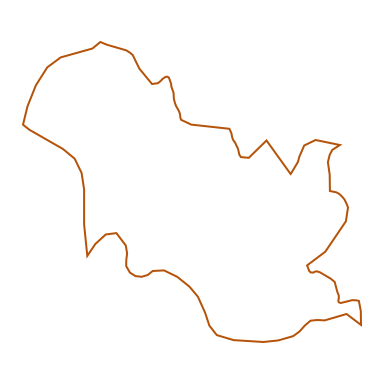 the District of Samchi
{"feature_id": "BTN-2438", "entity_name": "Samchi", "entity_type": "District", "adm_level": 1, "iso_a3": "BTN", "parent_name": "Bhutan", "parent_adm1": "", "projection": "natural_earth1", "projection_center": [89.102, 27.046], "detail": "fine", "context": "isolated", "style": "outline", "palette": "amber", "viewbox_px": 384, "rotation_deg": 0, "n_neighbors": 0, "source": "natural_earth", "source_scale": "10m", "svg_char_len": 1622}
<svg xmlns="http://www.w3.org/2000/svg" viewBox="0 0 384 384"><path d="M24.6,126.0L23.0,124.7L27.5,106.3L35.9,85.3L47.3,67.3L60.7,57.4L92.5,48.5L100.3,42.0L107.4,44.9L126.2,50.3L130.1,52.8L132.7,55.0L139.4,68.7L152.0,84.0L157.9,83.2L161.0,80.7L162.3,79.1L165.5,76.9L167.3,76.7L168.9,77.6L171.1,83.8L171.4,86.8L172.4,89.5L173.3,92.0L173.7,93.8L173.7,95.1L173.7,96.3L173.8,97.9L174.2,100.1L174.9,102.9L176.0,105.9L178.5,110.3L179.6,112.8L180.2,115.3L180.3,117.5L181.1,119.8L191.2,124.6L229.4,128.8L231.4,133.2L232.1,136.9L232.7,138.9L233.6,140.7L235.1,142.5L236.0,144.7L237.1,146.8L238.1,149.1L239.3,154.6L240.9,157.1L248.8,157.8L266.5,140.5L290.6,174.0L291.1,173.4L298.0,161.8L299.3,156.8L304.2,145.5L315.6,140.0L339.9,145.0L332.3,149.9L329.7,154.8L327.9,162.2L329.7,174.7L329.9,191.0L336.2,192.3L339.1,193.8L341.9,196.4L344.5,199.5L346.8,204.3L348.0,207.5L345.9,221.3L325.3,251.7L307.1,265.4L309.3,271.1L310.7,272.4L313.3,272.6L314.8,271.7L316.8,271.3L319.9,272.3L330.8,278.7L334.7,282.0L337.3,291.8L338.8,295.6L338.8,298.5L338.3,300.8L338.8,302.3L340.8,303.0L352.0,300.2L356.3,300.3L358.9,301.0L360.8,311.0L361.0,324.7L361.0,324.9L346.5,314.0L324.6,320.4L317.3,320.0L310.5,320.7L304.9,325.5L299.4,331.6L293.2,336.1L278.4,340.4L263.4,342.0L233.5,340.1L216.8,335.1L209.4,325.7L205.1,312.7L197.9,296.7L189.5,286.7L177.2,276.8L164.0,270.4L152.7,271.0L147.7,275.0L141.7,276.8L135.5,276.1L129.9,272.6L126.2,266.1L126.3,260.0L127.1,253.4L125.8,245.5L116.4,233.1L105.7,234.5L95.4,243.9L87.3,255.9L84.1,224.4L84.1,189.4L81.6,173.0L74.6,158.6L62.8,148.9L29.6,129.9L24.6,126.0Z" fill="none" stroke="#b45309" stroke-width="2"/></svg>